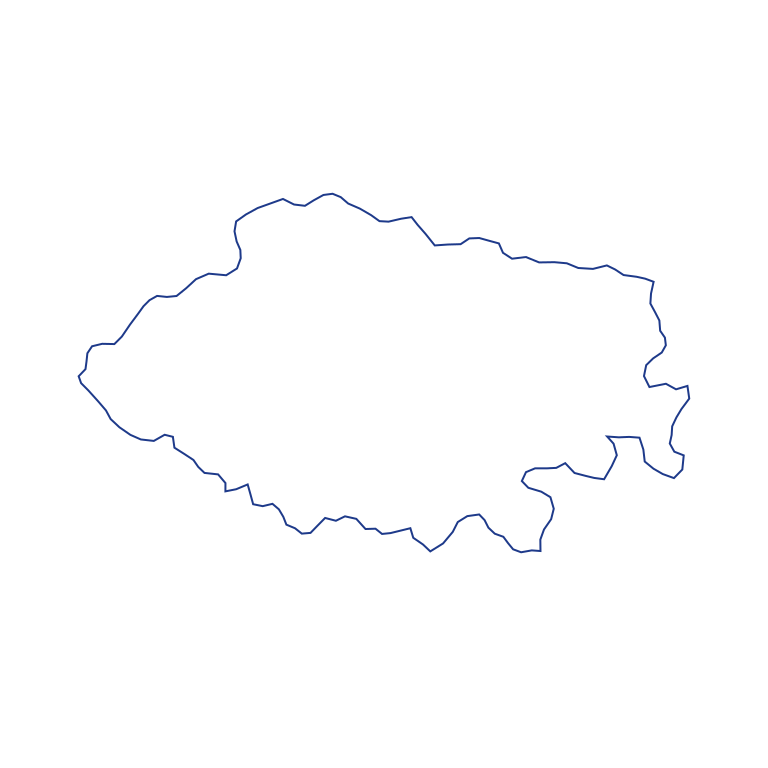 São José da Varginha, Minas Gerais, Brazil (Natural Earth projection), rotated 72°
{"feature_id": "56859067B73320463748486", "entity_name": "São José da Varginha", "entity_type": "district", "adm_level": 2, "iso_a3": "BRA", "parent_name": "Brazil", "parent_adm1": "Minas Gerais", "projection": "natural_earth1", "projection_center": [-44.552, -19.7], "detail": "fine", "context": "isolated", "style": "outline", "palette": "blue", "viewbox_px": 768, "rotation_deg": 72, "n_neighbors": 0, "source": "geoboundaries", "source_scale": "gbopen_adm2", "svg_char_len": 2298}
<svg xmlns="http://www.w3.org/2000/svg" viewBox="0 0 768 768"><g transform="rotate(72 384 384)"><path d="M542.6,204.1L532.5,192.8L523.7,184.6L511.7,184.1L502.9,188.0L507.3,177.1L510.1,167.1L514.0,157.6L526.5,157.6L538.3,160.0L547.8,153.9L555.8,146.7L563.1,137.3L557.5,126.7L544.5,121.0L538.1,128.8L528.9,130.6L521.4,126.2L513.3,123.0L506.1,116.2L499.7,108.8L492.2,98.2L479.6,96.0L479.3,107.9L470.9,115.8L468.9,132.5L456.8,134.3L447.1,128.8L442.8,120.1L439.9,110.1L434.3,104.0L426.7,102.5L418.7,104.9L408.7,102.5L399.5,104.0L389.8,105.8L380.5,102.1L370.1,96.0L364.5,103.1L360.1,110.6L354.4,122.5L346.5,128.8L340.1,135.4L339.1,149.7L333.7,163.4L325.7,172.8L320.8,184.3L316.3,198.9L307.1,209.8L304.4,223.5L296.0,230.3L285.8,231.3L279.9,240.3L274.6,248.3L271.9,257.9L274.7,267.9L271.1,280.1L267.9,292.9L254.1,298.1L242.9,302.9L233.8,306.2L232.1,316.7L231.0,329.5L227.7,338.0L219.4,344.1L209.7,352.8L201.3,362.3L192.9,367.4L187.2,374.1L185.5,383.2L187.6,394.1L190.1,404.1L185.5,414.1L176.8,422.9L177.2,436.3L177.6,449.8L180.1,462.9L183.7,474.4L192.6,479.0L202.9,480.1L212.1,479.2L220.1,481.4L228.7,488.1L231.8,500.5L224.9,516.6L226.2,530.4L231.8,542.6L236.2,554.1L234.1,563.6L230.1,572.6L231.8,581.1L235.7,588.7L241.0,595.9L249.0,607.2L257.9,618.7L262.7,628.1L258.7,639.6L257.9,650.0L263.1,656.6L270.7,660.0L277.6,663.3L282.3,672.0L289.6,671.8L298.7,667.2L312.4,661.1L323.2,656.6L332.9,654.8L343.4,649.0L354.0,640.9L361.6,632.4L367.0,620.5L364.5,608.3L369.0,601.1L379.8,603.0L389.0,595.4L397.4,588.7L405.4,586.3L413.1,582.2L418.7,569.7L429.2,565.4L437.1,568.0L438.4,557.1L437.4,544.7L447.6,545.1L457.9,545.6L462.7,537.1L463.5,527.1L470.7,522.7L479.2,520.8L487.6,520.3L493.7,513.2L500.9,508.4L502.9,499.9L498.4,491.4L493.2,481.4L499.2,472.0L497.8,462.0L503.7,452.0L516.2,446.4L519.0,436.8L526.0,432.2L527.8,423.9L528.5,414.4L529.3,403.5L539.3,403.7L548.7,396.5L557.5,391.7L553.9,377.1L545.9,364.3L538.1,356.5L535.4,345.6L537.5,333.8L544.5,330.4L552.9,329.1L560.6,324.9L566.2,317.7L573.4,315.3L581.1,312.3L586.4,305.6L587.9,294.9L591.2,286.8L580.3,283.4L571.8,276.8L564.2,266.8L555.1,261.1L543.1,260.7L535.0,267.7L527.3,278.8L518.9,282.9L511.7,276.2L510.9,266.4L514.5,255.3L517.0,246.1L515.3,236.1L527.5,230.3L533.9,220.3L538.3,213.1L542.6,204.1Z" fill="none" stroke="#1e3a8a" stroke-width="2"/></g></svg>